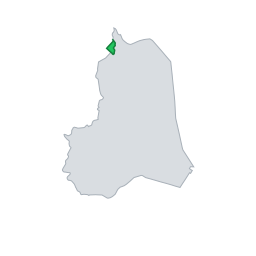 Shat Al-Arab, Al-Basrah, Iraq shown in context, rotated 223°
{"feature_id": "34846034B66422309861537", "entity_name": "Shat Al-Arab", "entity_type": "district", "adm_level": 2, "iso_a3": "IRQ", "parent_name": "Iraq", "parent_adm1": "Al-Basrah", "projection": "orthographic", "projection_center": [47.816, 30.719], "detail": "fine", "context": "in_parent", "style": "filled", "palette": "green", "viewbox_px": 256, "rotation_deg": 223, "n_neighbors": 0, "source": "geoboundaries", "source_scale": "gbopen_adm2", "svg_char_len": 4044}
<svg xmlns="http://www.w3.org/2000/svg" viewBox="0 0 256 256"><g transform="rotate(223 128 128)"><path d="M110.6,52.0L112.1,51.7L115.0,49.5L116.7,47.4L117.2,47.3L118.7,48.0L119.7,48.3L122.1,47.6L123.5,48.1L124.7,48.7L125.3,48.7L128.5,50.2L129.2,50.4L130.9,50.6L133.3,50.8L135.0,49.9L136.1,49.1L136.9,49.2L137.7,49.4L138.3,49.8L138.8,50.4L139.0,51.4L138.8,54.2L139.0,55.0L139.4,55.6L140.0,55.7L140.7,55.1L141.9,54.2L143.4,53.3L144.5,52.4L145.1,52.1L146.1,52.1L147.0,52.3L147.5,52.8L148.0,54.3L149.1,59.4L149.8,60.0L150.6,60.6L151.2,61.4L151.4,62.1L151.3,63.3L151.3,64.7L151.6,65.7L152.0,66.5L152.5,67.0L153.1,67.0L153.9,67.2L154.4,68.0L156.0,73.8L156.1,74.6L156.8,74.9L158.0,74.8L159.2,75.4L160.5,76.4L161.7,78.1L162.5,78.4L165.1,78.2L168.6,78.6L170.3,79.5L170.1,80.1L168.8,80.7L166.5,81.4L165.9,82.6L165.4,84.2L165.5,85.1L166.0,86.1L167.6,88.1L167.7,88.9L167.9,89.9L168.2,90.5L167.9,91.9L166.4,92.8L164.5,93.7L160.6,98.1L160.2,99.0L160.2,101.6L159.8,102.4L158.6,102.3L157.7,102.2L157.6,103.1L156.9,104.3L156.6,105.4L157.9,107.9L158.2,109.2L157.9,110.5L156.5,112.5L155.7,113.9L155.9,114.2L156.9,114.8L160.0,119.5L161.0,121.1L162.4,120.7L162.9,120.7L163.3,121.0L163.5,121.6L163.5,122.2L163.2,123.3L164.9,123.7L165.5,124.8L167.5,128.4L167.4,129.5L166.4,131.1L166.3,132.3L166.5,133.3L166.8,133.6L169.8,133.8L171.1,134.2L174.2,136.1L177.7,139.0L180.6,141.3L183.1,143.3L185.8,143.1L186.5,143.5L187.2,144.1L187.9,145.7L189.4,149.4L190.7,150.6L192.7,153.5L194.6,156.2L193.4,160.0L192.1,163.8L192.1,168.8L192.1,171.5L194.7,171.6L197.6,171.8L197.6,175.0L197.7,178.2L197.7,181.9L198.5,182.0L199.9,182.8L200.5,184.0L201.2,184.6L202.1,184.7L203.0,185.3L203.8,186.4L204.1,187.2L203.9,187.7L204.1,188.7L204.7,190.1L205.5,190.7L206.6,191.5L205.1,192.0L203.4,191.7L199.8,190.0L198.7,190.0L197.2,190.6L197.1,191.2L193.4,189.4L192.0,189.0L191.5,189.0L189.4,189.0L186.3,189.3L184.5,190.0L183.2,190.8L182.7,191.5L182.5,192.0L181.5,194.2L180.3,197.1L179.1,199.7L176.8,203.3L175.5,205.0L172.8,208.1L169.8,208.7L163.0,208.0L155.4,207.2L147.8,206.3L142.3,205.7L141.8,205.5L136.4,200.8L132.1,197.1L126.9,192.5L121.5,187.8L116.0,183.0L112.1,179.5L107.4,175.0L103.1,170.8L99.7,167.6L95.4,164.7L92.0,162.4L87.0,159.0L83.1,156.3L79.8,154.0L74.6,150.4L72.9,149.4L67.4,148.0L62.3,146.7L56.9,145.3L53.4,144.4L55.9,142.3L55.4,140.2L53.6,140.4L52.0,140.8L51.3,137.5L52.5,137.2L51.7,133.0L50.9,128.6L50.2,124.3L49.4,120.0L54.1,117.6L57.7,115.9L62.6,113.4L67.3,110.9L71.9,108.6L76.8,106.1L81.2,103.8L85.2,103.0L86.1,102.2L88.1,98.8L89.8,95.9L89.9,95.2L90.2,90.9L90.8,85.9L91.4,83.3L92.5,81.0L93.4,79.3L93.5,77.7L93.6,76.1L92.9,73.5L92.2,70.9L92.5,68.4L92.7,67.1L93.4,65.0L94.4,63.5L95.4,62.6L99.1,61.8L101.3,61.3L104.3,58.7L106.1,57.2L108.6,54.7L110.4,52.9L110.6,52.3L110.6,52.0Z" fill="#d9dde1" stroke="#a8b0b8" stroke-width="1"/><path d="M199.9,182.4L199.7,182.3L199.5,182.2L199.3,182.1L199.1,182.1L198.9,182.1L198.7,182.0L198.4,181.8L198.1,181.7L198.0,181.1L198.0,180.2L198.0,178.5L198.0,178.2L198.0,177.3L198.0,176.1L198.0,174.6L198.0,174.2L198.0,173.5L198.0,172.8L197.9,172.1L197.9,171.9L197.9,171.7L197.6,171.7L197.2,171.7L196.8,171.7L195.8,171.7L195.6,171.7L195.2,171.7L194.7,171.7L194.3,171.7L193.3,171.7L192.5,171.7L192.3,171.7L192.1,171.7L191.9,171.8L191.8,171.7L191.6,171.7L191.4,171.8L191.2,171.8L190.9,171.9L190.5,171.7L190.4,171.7L190.2,171.6L189.8,171.6L189.7,171.6L189.4,171.6L189.1,171.7L189.1,172.0L189.1,172.3L188.9,172.3L188.8,172.6L188.9,173.0L189.2,173.4L189.6,173.9L189.9,174.4L190.4,175.2L190.7,175.7L191.0,175.9L191.1,176.0L191.3,176.0L191.6,176.1L191.8,176.1L192.0,176.2L192.3,176.3L192.5,176.3L193.1,176.5L193.3,176.8L193.4,177.1L193.4,177.5L193.5,177.9L193.5,178.3L193.5,178.7L193.6,179.0L193.5,179.4L193.8,179.8L194.0,179.9L194.2,180.1L194.4,180.2L194.6,180.4L194.8,180.6L194.8,180.8L195.0,181.1L195.1,181.3L195.4,181.5L195.5,181.5L196.0,181.7L196.4,181.7L196.6,181.7L196.8,181.8L197.0,181.8L197.6,181.9L198.0,181.9L198.0,182.0L198.4,182.0L198.8,182.1L199.4,182.3L199.6,182.3L199.9,182.4Z" fill="#22c55e" stroke="#15803d" stroke-width="1.5"/></g></svg>